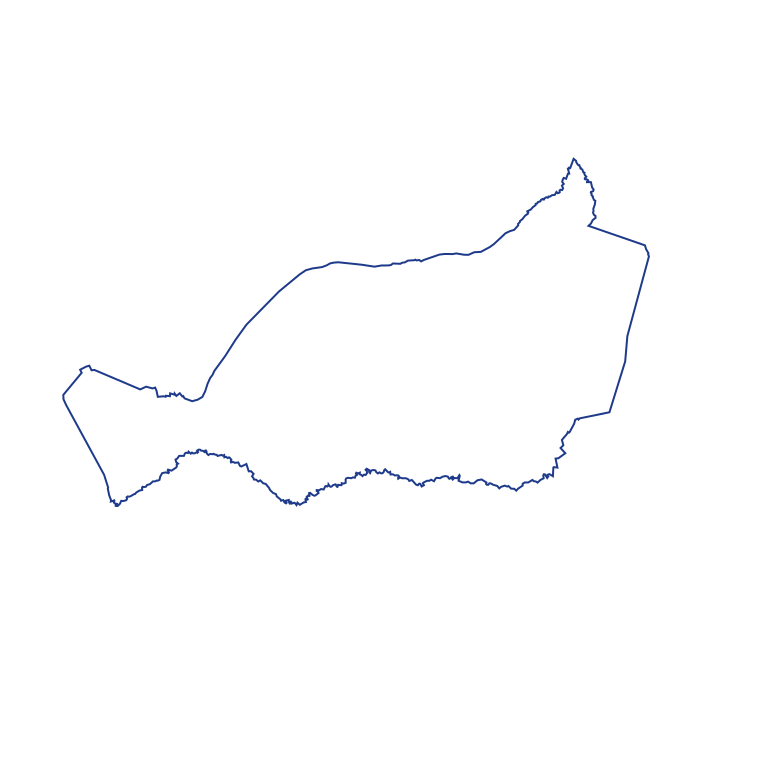 the district of Chuen Chom, Maha Sarakham, Thailand, rotated 240°
{"feature_id": "78962969B88411393036982", "entity_name": "Chuen Chom", "entity_type": "district", "adm_level": 2, "iso_a3": "THA", "parent_name": "Thailand", "parent_adm1": "Maha Sarakham", "projection": "albers", "projection_center": [103.14, 16.548], "detail": "fine", "context": "isolated", "style": "outline", "palette": "blue", "viewbox_px": 768, "rotation_deg": 240, "n_neighbors": 0, "source": "geoboundaries", "source_scale": "gbopen_adm2", "svg_char_len": 6145}
<svg xmlns="http://www.w3.org/2000/svg" viewBox="0 0 768 768"><g transform="rotate(240 384 384)"><path d="M484.2,660.8L477.9,653.2L477.9,652.6L478.8,652.3L478.5,650.9L473.6,649.6L474.1,648.4L470.7,644.3L472.6,642.7L471.8,641.2L470.0,639.4L467.4,639.7L466.8,637.3L463.9,636.9L462.9,635.3L464.0,633.9L463.8,632.8L462.2,632.1L462.0,631.4L462.4,629.8L464.1,629.4L462.4,626.4L463.5,623.9L463.3,621.3L464.1,620.2L463.4,619.0L464.6,617.9L464.5,615.3L463.8,614.9L464.1,614.1L464.9,613.9L465.0,612.1L464.0,610.7L464.6,608.3L463.8,607.0L464.2,605.5L463.1,604.7L462.7,601.2L461.7,598.5L461.9,594.5L460.5,594.7L460.3,593.9L459.5,593.7L459.2,590.3L457.6,586.3L457.1,583.2L456.3,582.6L455.6,580.1L454.3,579.6L452.4,573.8L453.4,569.6L453.8,564.6L450.2,549.0L449.7,544.3L450.0,534.0L453.0,528.0L453.6,521.8L455.9,518.0L461.0,511.8L462.1,508.6L466.4,501.3L468.4,496.6L471.5,480.5L471.6,477.5L473.8,476.5L474.8,473.9L476.0,473.3L476.0,472.3L478.9,466.4L478.9,463.0L480.0,460.1L479.9,458.3L483.9,452.0L483.6,449.6L484.2,447.6L487.8,441.3L490.4,434.4L498.4,424.4L512.2,405.4L514.1,401.5L515.4,397.6L515.4,393.8L516.2,388.9L519.9,379.7L521.6,373.2L521.1,365.9L516.7,339.6L504.2,294.6L496.5,277.5L487.7,260.6L480.1,243.5L477.6,240.0L476.2,236.6L472.4,231.3L467.2,225.6L463.6,220.2L463.6,214.7L465.0,209.3L469.8,205.3L471.3,204.1L474.0,204.0L474.1,203.1L478.1,202.5L477.5,198.2L480.5,197.9L479.6,197.1L482.8,194.1L480.5,192.5L482.9,189.2L482.2,188.5L483.6,186.9L486.0,181.7L491.8,183.6L495.3,184.0L495.9,181.3L500.6,176.7L501.2,170.2L541.0,140.2L542.1,137.6L547.2,137.9L548.0,134.7L548.3,128.0L544.9,127.8L534.9,100.8L531.0,98.8L524.5,98.2L445.3,96.2L432.2,93.3L431.5,92.5L425.2,90.4L419.8,89.5L418.8,88.7L418.1,92.2L417.5,92.1L417.1,90.9L416.0,90.9L415.2,91.1L413.7,92.8L413.1,92.3L413.1,91.0L412.6,90.7L411.5,92.4L412.4,95.6L414.2,98.0L413.0,99.7L412.2,102.6L413.0,104.1L414.6,104.4L414.8,105.7L413.8,107.0L413.5,108.7L413.6,112.5L413.2,113.3L413.9,115.2L414.0,118.9L413.1,121.6L415.2,122.6L415.7,123.6L414.8,124.4L414.1,126.5L415.0,128.2L414.3,131.3L415.2,135.1L414.0,137.5L414.1,138.7L413.5,139.5L413.2,141.6L415.7,143.9L417.7,147.3L416.7,150.6L414.6,152.8L415.1,153.6L417.2,153.4L417.8,154.2L415.2,156.7L415.6,162.3L416.2,163.4L418.1,164.3L418.0,165.8L420.4,165.0L422.8,165.7L422.8,167.7L424.2,170.7L421.8,174.8L423.4,176.8L423.4,178.4L422.2,179.8L423.1,180.9L420.3,181.8L420.6,183.4L419.5,183.9L418.6,185.4L418.6,188.1L417.8,188.1L418.0,189.0L419.8,189.0L419.8,190.8L419.0,191.9L417.7,192.3L416.7,193.8L414.7,194.6L414.7,195.5L415.7,195.9L415.5,196.5L414.5,196.6L412.7,195.8L410.3,196.4L410.3,198.6L408.7,200.7L408.7,201.6L407.3,202.4L406.3,203.7L404.9,203.9L403.8,207.9L402.5,208.5L402.4,210.0L400.3,209.1L400.0,210.7L398.0,211.6L398.0,213.1L396.9,213.6L394.5,213.9L393.8,212.7L392.6,212.3L391.9,214.4L390.4,215.3L388.9,218.6L385.1,218.3L383.9,219.2L383.5,224.8L376.0,223.2L374.9,225.3L371.3,226.1L370.1,223.6L367.9,223.9L366.3,223.6L365.1,225.4L362.4,226.4L362.4,228.7L358.5,229.7L356.6,231.6L351.5,232.5L349.2,232.3L345.3,233.4L342.5,235.4L340.3,234.9L335.7,236.7L334.5,236.4L333.8,238.8L331.2,238.6L329.6,239.5L329.8,240.2L332.0,240.7L331.2,243.6L329.5,242.7L328.0,242.6L328.7,244.5L328.0,244.7L326.7,244.0L325.9,247.2L322.9,247.7L324.5,249.7L321.5,250.7L321.6,255.3L320.8,257.3L323.6,258.4L323.7,259.2L322.3,259.5L322.2,260.2L325.0,260.7L325.3,262.6L324.4,263.1L324.4,263.6L327.0,264.6L326.7,265.6L323.6,266.7L322.0,267.9L321.8,268.7L322.3,272.8L323.5,273.0L325.1,272.2L325.8,272.7L324.4,274.6L324.5,277.0L322.8,279.0L324.8,282.1L324.7,282.8L323.6,283.5L323.8,284.9L324.8,285.7L322.6,285.8L321.6,286.4L321.4,287.5L321.9,289.4L321.3,291.9L318.7,291.8L318.2,292.3L319.6,293.8L317.7,296.4L317.9,297.1L319.2,297.8L317.9,299.3L317.6,301.4L320.6,303.1L321.1,304.0L320.8,305.9L318.8,308.5L318.7,310.2L317.4,312.0L318.7,313.4L318.8,315.0L320.5,314.9L321.0,315.7L319.6,316.7L319.3,318.7L318.0,317.8L316.6,318.9L315.0,319.3L315.5,321.4L314.4,322.6L315.3,324.7L317.1,325.6L318.9,325.2L319.3,326.6L316.8,328.1L315.2,327.1L313.8,327.4L315.4,329.5L315.0,331.5L313.5,333.4L311.7,333.2L309.6,334.0L309.8,335.8L307.9,337.0L307.5,338.1L307.9,339.6L309.5,341.5L309.6,342.4L305.5,343.4L304.9,343.9L304.8,345.4L302.4,344.4L301.3,346.6L299.3,347.7L298.4,349.8L297.4,350.8L296.6,350.8L295.7,349.3L294.9,349.0L295.0,351.1L293.2,352.7L291.4,355.9L289.2,357.4L287.4,357.4L287.0,360.1L280.7,361.5L279.4,362.7L280.1,364.6L279.6,365.4L276.4,365.4L276.4,368.0L278.5,367.9L278.9,368.6L278.7,372.8L277.5,374.8L277.6,376.9L274.8,378.7L276.4,381.5L276.5,382.6L274.4,385.5L274.5,388.1L273.6,391.1L271.9,393.0L269.8,392.9L269.1,393.4L269.7,395.9L269.4,397.3L268.7,397.3L267.9,395.6L266.9,395.7L267.4,398.0L265.7,400.4L267.4,403.7L266.6,403.7L262.9,400.2L259.5,402.8L257.9,405.6L257.4,408.0L254.6,409.4L253.1,412.0L253.9,416.8L252.5,420.8L247.5,423.5L246.4,422.4L245.2,422.8L244.6,423.9L245.3,425.6L244.6,426.7L242.2,428.1L239.1,431.1L236.0,431.6L236.4,433.9L235.6,437.8L233.6,439.4L233.4,440.8L229.8,441.8L228.1,444.4L225.5,445.2L226.3,447.7L226.7,453.3L228.3,454.2L228.4,456.6L226.6,459.7L226.7,464.6L225.1,465.0L223.6,466.8L221.8,467.7L222.7,471.5L222.5,475.1L225.3,476.3L225.9,477.4L225.2,478.2L221.0,478.3L221.8,480.0L223.4,479.4L223.6,480.9L223.1,482.3L219.7,484.2L227.0,488.9L227.1,489.5L224.9,492.4L233.6,495.3L232.5,498.0L233.4,506.4L240.3,504.9L241.3,508.7L246.6,510.1L249.2,517.4L250.5,519.3L249.4,519.8L249.7,521.0L254.6,528.9L257.4,531.7L257.1,534.5L255.9,534.7L256.4,536.3L246.8,565.1L283.0,604.2L303.8,618.7L362.1,677.3L364.4,677.6L365.0,678.4L369.7,678.4L373.6,679.3L418.7,640.2L419.5,643.5L421.6,646.7L422.1,650.3L423.9,651.2L425.6,650.4L427.9,650.7L429.0,651.9L431.1,652.9L434.0,656.3L437.0,658.6L438.3,657.9L441.4,658.2L442.0,658.7L443.7,658.1L444.7,658.9L446.3,658.8L446.9,659.4L446.4,661.5L447.7,662.8L450.0,662.5L455.4,664.1L457.3,660.7L457.7,661.0L457.4,662.1L457.8,662.5L458.7,662.6L460.4,661.5L460.6,660.6L461.2,660.4L461.8,660.8L462.4,662.9L464.4,662.4L466.0,662.6L466.8,663.3L467.7,662.5L470.6,663.0L472.4,661.9L473.0,662.5L474.5,662.2L475.8,662.6L476.7,661.6L477.6,661.5L479.9,661.4L481.3,661.9L484.2,660.8Z" fill="none" stroke="#1e3a8a" stroke-width="2"/></g></svg>